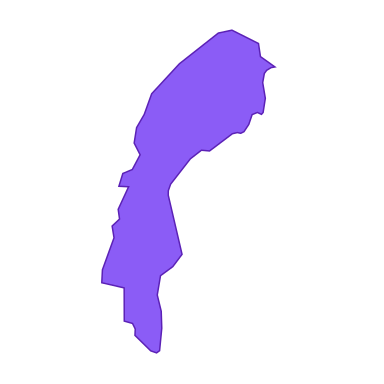 Middlesex, Virginia, United States of America (Natural Earth projection), rotated 78°
{"feature_id": "52423323B72880351816690", "entity_name": "Middlesex", "entity_type": "district", "adm_level": 2, "iso_a3": "USA", "parent_name": "United States of America", "parent_adm1": "Virginia", "projection": "natural_earth1", "projection_center": [-76.544, 37.64], "detail": "fine", "context": "isolated", "style": "filled", "palette": "violet", "viewbox_px": 384, "rotation_deg": 78, "n_neighbors": 0, "source": "geoboundaries", "source_scale": "gbopen_adm2", "svg_char_len": 825}
<svg xmlns="http://www.w3.org/2000/svg" viewBox="0 0 384 384"><g transform="rotate(78 192 192)"><path d="M106.2,222.6L117.5,232.8L132.1,238.4L144.8,235.0L157.6,245.7L159.5,255.8L171.2,262.3L173.7,252.9L193.6,267.8L203.4,268.5L208.7,277.2L220.6,277.8L249.5,295.8L262.0,299.1L271.7,278.3L304.2,285.1L308.2,277.5L314.2,276.0L320.4,277.6L338.8,265.4L342.0,260.1L340.5,256.7L319.0,249.9L302.3,246.9L285.5,247.4L267.3,240.2L261.0,226.3L250.9,214.7L190.2,215.9L185.8,214.9L179.9,211.3L159.2,186.7L153.1,174.1L155.5,166.3L143.4,140.4L143.3,135.3L144.7,132.1L143.8,128.6L137.7,122.4L128.8,117.1L127.8,111.5L130.5,107.9L129.0,105.9L115.6,100.8L99.7,100.1L91.1,96.6L88.5,93.7L86.8,88.8L86.9,84.9L73.8,96.9L60.6,96.1L42.0,119.3L42.0,133.2L63.9,177.6L87.5,211.0L106.2,222.6Z" fill="#8b5cf6" stroke="#5b21b6" stroke-width="1.5"/></g></svg>